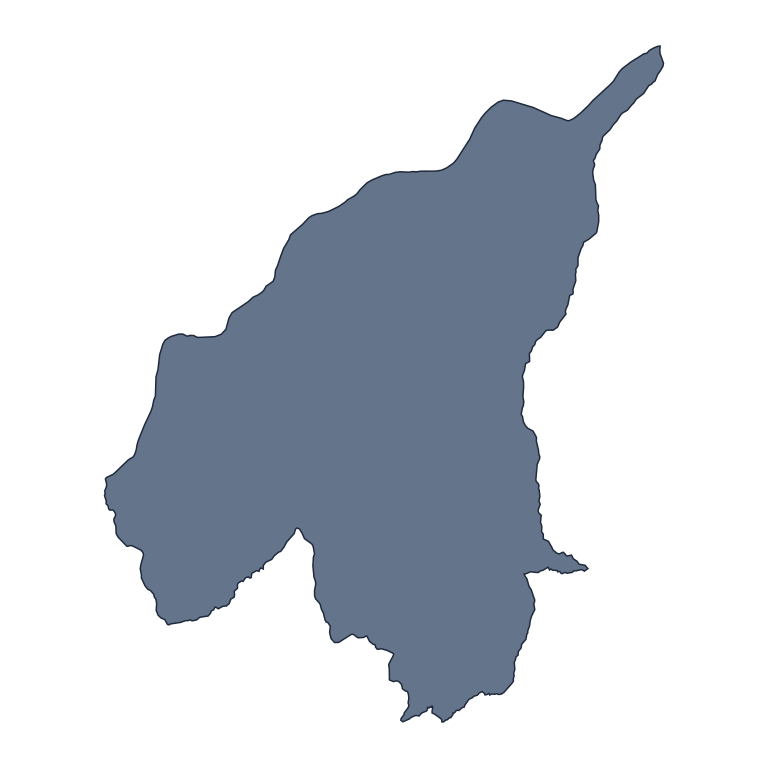 Briceño, Antioquia, Colombia
{"feature_id": "7082276B58597491510364", "entity_name": "Briceño", "entity_type": "district", "adm_level": 2, "iso_a3": "COL", "parent_name": "Colombia", "parent_adm1": "Antioquia", "projection": "natural_earth1", "projection_center": [-75.542, 7.121], "detail": "fine", "context": "isolated", "style": "filled", "palette": "slate", "viewbox_px": 768, "rotation_deg": 0, "n_neighbors": 0, "source": "geoboundaries", "source_scale": "gbopen_adm2", "svg_char_len": 6096}
<svg xmlns="http://www.w3.org/2000/svg" viewBox="0 0 768 768"><path d="M649.4,50.4L646.8,53.3L644.1,53.7L631.2,61.8L622.2,68.6L619.2,72.0L613.4,81.3L609.6,85.2L592.7,100.7L588.6,105.4L580.2,113.4L573.8,118.4L569.2,120.7L566.8,120.5L561.3,118.3L551.3,115.6L533.0,107.4L511.3,100.9L503.4,100.2L498.0,102.2L491.2,107.2L485.7,112.6L481.8,117.2L474.7,128.2L469.7,139.2L456.7,159.4L453.5,163.1L446.6,167.9L441.5,170.2L436.2,171.1L420.4,171.2L416.8,171.8L412.2,171.6L409.4,172.2L400.0,171.8L395.1,172.4L389.2,174.4L386.0,174.5L381.8,175.8L372.4,179.8L367.2,182.7L360.2,189.5L356.6,194.1L354.5,195.8L347.5,199.8L344.9,202.3L338.5,206.6L328.4,211.5L321.9,213.3L317.5,213.7L312.1,215.6L308.6,217.9L302.7,224.2L290.5,234.8L288.8,239.7L283.7,248.2L280.8,255.9L277.5,265.8L275.5,270.0L274.8,277.0L273.1,281.3L266.2,286.1L263.5,290.8L260.4,293.4L257.7,295.1L253.0,297.2L248.2,301.7L232.1,312.6L229.0,318.0L226.0,329.1L221.4,334.2L214.9,336.7L199.0,337.4L197.1,337.3L193.6,335.5L190.1,335.4L187.1,336.2L182.9,334.1L178.7,334.1L171.3,336.4L168.3,337.9L164.9,340.4L162.9,344.1L159.7,354.5L158.0,369.5L156.0,376.9L155.4,396.2L153.8,400.0L152.5,406.6L150.9,411.4L144.4,425.2L138.4,440.1L137.1,444.6L136.2,449.9L134.8,454.3L133.2,456.9L128.4,459.8L113.4,474.2L106.8,477.3L105.7,478.4L105.4,479.2L106.5,483.1L106.6,486.3L104.8,490.8L105.1,493.6L104.5,495.6L106.2,500.8L106.1,503.9L107.9,505.5L108.8,509.2L110.0,510.1L112.7,509.9L113.9,510.9L115.5,513.6L115.5,515.9L113.9,518.8L114.0,521.7L115.9,526.1L116.1,533.3L118.0,537.0L126.7,546.1L127.8,546.3L130.4,545.5L132.7,546.0L141.0,550.2L143.1,552.7L143.5,555.2L140.9,564.6L140.2,568.5L141.4,574.7L141.4,578.0L145.1,585.9L147.9,589.4L150.3,590.4L153.6,594.1L154.3,596.9L155.8,599.2L156.3,600.9L156.6,604.2L156.2,610.4L158.1,615.2L160.8,617.8L164.8,619.6L167.5,624.5L169.1,624.8L170.6,623.9L180.6,622.4L185.3,620.7L188.1,620.6L190.1,619.8L192.1,620.9L196.8,619.8L199.7,617.3L208.1,616.0L210.6,613.2L211.2,611.0L213.6,609.8L214.9,607.3L216.0,607.3L218.3,608.8L223.0,606.2L226.4,606.0L229.2,603.6L230.8,599.2L234.1,597.2L234.6,594.8L234.2,591.3L237.5,588.3L237.5,584.2L238.3,583.0L241.2,581.1L243.1,581.4L245.7,577.6L248.4,576.9L249.6,578.0L250.7,577.9L251.2,577.5L251.8,573.3L256.7,570.6L259.0,571.3L259.9,568.8L260.9,568.0L263.3,569.0L263.3,565.5L265.8,562.2L271.7,559.4L274.3,555.7L278.7,552.1L280.7,551.4L283.9,547.2L286.7,542.0L294.1,533.7L295.4,529.6L296.0,528.5L297.2,528.0L299.6,529.1L302.3,533.7L304.5,538.7L310.9,543.3L312.1,544.4L313.2,546.6L314.5,554.0L313.4,557.1L312.9,565.9L314.0,577.2L315.4,581.1L315.7,584.4L314.5,590.8L314.6,596.1L315.7,599.0L319.4,603.0L320.3,604.7L321.4,609.2L323.3,612.8L325.0,619.8L326.1,621.9L328.0,622.7L330.3,626.3L329.6,632.3L331.0,638.5L334.5,642.5L338.7,642.4L351.4,634.3L353.8,634.5L356.6,637.0L358.3,637.8L363.3,637.5L366.4,636.0L367.0,636.3L369.5,641.3L372.8,644.1L375.2,644.9L375.6,647.2L377.3,649.3L381.5,648.8L387.1,650.4L393.1,653.3L393.6,654.6L393.0,656.2L389.0,663.7L388.7,665.2L389.3,668.9L389.4,679.6L389.7,680.1L393.5,681.6L396.7,680.8L399.3,681.9L401.7,684.9L402.4,688.6L403.0,689.3L405.6,691.1L407.5,691.5L408.5,694.6L408.8,698.6L408.1,702.8L408.9,705.7L407.9,708.0L404.2,712.9L404.0,714.6L401.0,718.7L400.9,720.4L402.9,721.8L409.2,719.0L411.4,717.2L415.8,715.4L419.1,716.0L421.5,713.1L426.7,710.9L427.6,708.8L427.6,707.4L429.1,707.9L429.8,707.1L431.2,707.3L431.4,706.2L432.1,706.1L432.8,707.5L432.1,710.8L432.1,713.0L434.4,714.0L440.7,718.5L441.7,719.9L441.9,721.9L443.5,721.9L446.3,719.8L447.6,719.7L448.8,718.1L450.8,717.6L453.0,714.4L453.0,713.0L454.4,712.9L456.3,710.6L457.1,710.2L458.9,710.5L462.3,707.6L464.2,707.1L465.0,704.9L469.0,699.2L472.0,698.0L473.9,696.2L477.4,695.2L479.4,692.9L482.3,691.6L484.6,693.7L484.8,694.8L486.4,694.8L488.9,693.4L489.7,695.0L492.1,693.9L494.6,694.3L496.6,693.7L498.7,694.5L501.6,694.0L504.1,692.2L512.0,683.3L513.4,681.1L513.3,678.9L514.2,675.5L513.6,673.8L514.8,669.4L514.3,662.1L515.3,660.0L516.0,656.9L518.1,655.1L518.3,651.6L521.0,648.1L521.7,644.2L525.9,639.4L526.8,634.3L527.8,632.7L527.7,631.1L529.6,625.7L530.3,620.2L531.7,615.9L534.8,609.6L533.8,604.0L534.7,601.3L534.7,599.9L531.2,589.7L529.0,586.3L526.9,578.8L524.7,575.5L524.2,574.0L526.0,573.8L530.4,571.8L538.1,572.6L540.8,570.7L542.6,570.5L548.1,567.2L549.6,570.0L551.0,569.0L552.3,570.1L556.9,570.5L557.6,571.8L559.7,571.5L561.1,573.3L562.0,573.7L564.9,572.4L566.8,573.2L572.2,572.4L573.8,570.8L576.0,570.9L580.8,569.7L582.8,570.0L584.3,571.2L587.9,568.6L585.1,565.3L579.1,564.2L577.1,561.3L573.3,558.8L571.5,555.1L567.3,556.0L565.8,555.2L564.7,553.5L563.0,552.2L559.3,553.9L557.0,553.3L552.9,549.9L552.0,547.6L548.4,541.3L543.3,539.0L543.3,534.1L541.6,531.9L541.8,526.1L540.5,522.4L541.2,515.2L538.8,513.0L538.2,511.1L538.1,510.1L540.2,504.2L538.9,501.0L539.9,496.5L539.2,490.1L538.5,488.3L539.0,485.6L538.3,483.7L536.5,481.8L535.8,480.1L537.2,464.4L539.6,458.8L539.8,456.8L538.7,453.4L538.5,450.3L536.3,440.9L536.5,437.7L535.9,436.2L533.0,431.1L527.7,428.2L525.4,425.7L523.4,421.6L522.5,416.5L521.2,414.3L522.5,407.4L523.3,406.0L523.8,401.6L522.9,396.7L523.6,387.4L523.5,381.4L522.4,377.1L522.7,374.9L524.4,370.6L525.6,363.6L529.6,361.5L529.4,353.3L531.2,351.4L532.7,346.7L534.7,344.8L535.7,341.3L537.4,339.5L540.6,337.4L545.9,330.7L548.0,330.1L553.4,330.1L557.6,327.0L559.8,322.0L566.0,314.0L565.4,312.0L565.6,310.0L567.9,304.7L569.6,295.9L569.9,295.3L572.6,294.2L573.1,293.4L573.0,289.0L575.8,280.8L575.4,274.4L576.0,272.1L575.8,269.1L578.0,265.6L578.0,257.7L581.1,248.6L582.9,245.5L583.6,242.3L588.9,239.2L595.9,233.3L596.8,231.9L598.7,221.6L598.7,215.2L597.8,210.5L598.5,205.8L597.0,203.0L595.9,199.5L595.4,184.9L593.6,179.9L592.7,172.8L593.1,169.3L594.5,165.7L594.5,163.7L593.5,161.6L593.6,160.1L594.8,158.7L596.3,154.3L599.8,149.0L599.9,145.2L602.0,140.4L602.8,136.6L610.1,129.5L613.0,125.1L616.8,120.9L621.0,114.4L623.0,112.7L627.5,110.1L631.9,104.7L633.5,103.3L636.4,99.0L643.6,93.5L648.7,85.7L651.6,84.1L653.2,82.2L655.0,81.0L657.7,74.5L660.8,70.1L663.0,66.1L663.5,63.2L660.0,53.4L659.8,49.5L660.2,46.1L658.1,46.2L653.8,47.9L649.4,50.4Z" fill="#64748b" stroke="#1e293b" stroke-width="1.5"/></svg>